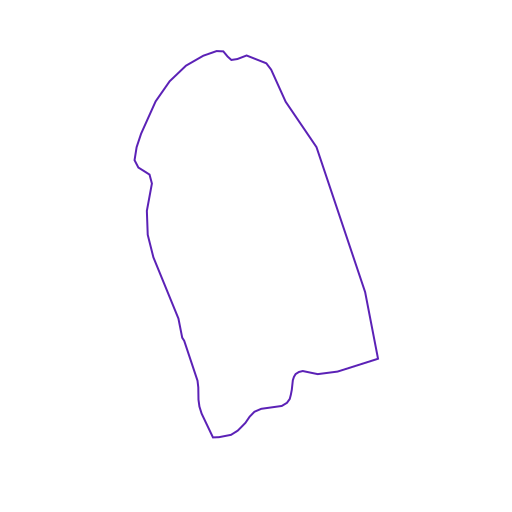 Trà Vinh, Equal Earth projection, rotated 200°
{"feature_id": "VNM-509", "entity_name": "Trà Vinh", "entity_type": "Province", "adm_level": 1, "iso_a3": "VNM", "parent_name": "Vietnam", "parent_adm1": "", "projection": "equal_earth", "projection_center": [106.315, 9.809], "detail": "fine", "context": "isolated", "style": "outline", "palette": "violet", "viewbox_px": 512, "rotation_deg": 200, "n_neighbors": 0, "source": "natural_earth", "source_scale": "10m", "svg_char_len": 818}
<svg xmlns="http://www.w3.org/2000/svg" viewBox="0 0 512 512"><g transform="rotate(200 256 256)"><path d="M234.4,70.8L253.2,89.3L257.7,95.2L260.9,101.3L265.3,112.8L268.3,118.8L294.5,151.8L297.4,154.0L307.5,170.7L352.0,219.7L365.0,238.9L374.0,261.1L378.6,288.5L383.9,296.1L396.8,298.9L402.9,304.5L405.4,317.4L405.8,331.7L403.2,367.0L396.9,390.7L386.9,410.9L374.0,426.2L363.1,435.1L356.7,437.1L350.9,433.7L346.2,431.8L340.9,434.7L333.4,441.2L312.2,440.6L305.5,436.3L280.9,411.1L236.4,379.0L141.1,259.4L106.2,201.2L106.3,201.1L139.8,175.3L157.6,166.1L172.7,163.9L176.0,161.7L178.4,158.6L179.0,155.4L178.9,151.9L176.6,142.5L175.8,137.5L175.4,133.2L176.7,128.6L180.5,123.9L198.8,114.2L204.2,109.1L207.0,102.9L208.9,95.5L213.4,85.7L218.3,79.4L228.8,73.1L234.4,70.8Z" fill="none" stroke="#5b21b6" stroke-width="2"/></g></svg>